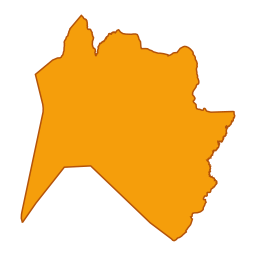 Chilubi, Northern, Zambia
{"feature_id": "96606910B6838055437947", "entity_name": "Chilubi", "entity_type": "district", "adm_level": 2, "iso_a3": "ZMB", "parent_name": "Zambia", "parent_adm1": "Northern", "projection": "natural_earth1", "projection_center": [30.483, -11.09], "detail": "fine", "context": "isolated", "style": "filled", "palette": "amber", "viewbox_px": 256, "rotation_deg": 0, "n_neighbors": 0, "source": "geoboundaries", "source_scale": "gbopen_adm2", "svg_char_len": 5756}
<svg xmlns="http://www.w3.org/2000/svg" viewBox="0 0 256 256"><path d="M22.3,222.1L22.8,222.0L36.0,203.0L64.3,167.2L90.7,165.9L150.3,222.9L171.4,238.8L172.7,240.2L173.7,240.6L174.5,240.6L176.5,239.4L176.9,238.7L177.7,238.0L179.6,237.4L181.6,236.1L183.4,234.3L184.7,233.3L185.2,232.6L186.3,232.0L186.3,231.7L185.9,231.1L185.9,230.6L186.8,229.6L187.9,227.9L190.5,224.7L191.1,223.2L192.4,219.1L191.7,218.6L190.7,216.9L191.6,216.6L192.0,216.3L192.1,215.7L192.1,214.8L192.6,213.4L194.1,212.9L197.5,212.7L200.1,211.9L200.7,211.6L202.3,210.4L203.1,209.6L203.4,207.4L204.7,205.1L205.1,203.5L206.1,202.2L205.5,201.2L205.4,199.6L203.7,199.6L203.5,199.4L203.5,198.3L204.2,196.9L204.6,196.2L205.0,196.0L206.5,196.1L207.1,195.7L207.2,195.3L207.1,193.8L207.2,192.6L207.5,192.4L209.1,192.5L210.3,192.1L210.7,191.2L210.8,190.2L211.2,189.1L213.0,187.9L213.3,187.1L214.3,186.9L215.2,185.3L216.8,183.5L216.8,183.1L216.3,183.0L216.2,182.7L216.3,182.3L216.8,181.9L216.5,181.0L215.4,180.5L215.2,179.8L214.9,179.7L214.6,180.0L214.6,179.3L214.3,178.9L214.3,178.3L213.7,177.9L213.3,178.0L212.9,177.8L212.5,177.4L211.9,177.0L211.9,176.7L211.2,177.1L210.9,176.7L210.6,176.7L210.2,176.5L210.2,176.1L209.6,176.1L209.8,175.1L209.5,175.1L209.1,174.6L209.5,173.8L209.0,172.5L209.2,171.9L209.7,172.3L210.4,171.2L209.9,170.4L209.8,169.4L210.0,169.1L210.3,169.1L210.5,168.4L210.1,167.4L210.6,166.3L209.8,166.1L209.9,164.7L209.0,164.5L209.2,164.0L209.0,163.6L209.1,163.0L208.8,162.1L208.1,161.6L207.9,160.9L207.5,160.9L206.9,160.1L207.4,160.0L207.6,160.1L207.8,159.7L208.0,159.9L208.0,159.6L208.5,159.3L208.4,158.9L208.7,158.9L208.8,158.3L209.6,158.4L210.2,158.0L210.2,157.4L210.4,157.2L210.6,157.3L210.5,157.0L211.0,156.8L211.3,156.1L211.2,156.0L211.3,155.6L211.6,155.1L211.9,155.0L212.5,155.1L212.7,153.4L213.1,152.9L213.0,152.4L213.4,152.2L213.2,151.6L213.0,151.3L213.5,151.3L213.7,150.4L214.1,150.2L214.7,150.8L215.4,150.5L215.8,150.6L216.0,150.3L216.0,149.9L216.3,149.6L216.5,149.8L216.7,149.6L216.8,149.2L217.0,149.1L217.0,148.8L217.4,148.4L217.3,148.1L217.5,147.8L218.0,147.9L218.4,147.4L218.7,146.9L218.8,145.8L219.1,145.2L218.6,144.5L219.0,144.5L219.0,144.1L219.4,144.1L219.4,143.0L219.0,142.9L218.5,143.1L218.0,142.6L217.9,141.5L218.1,141.6L218.6,141.5L219.1,141.2L220.2,141.4L220.9,141.3L220.9,141.5L221.3,141.5L221.2,141.8L221.3,142.0L221.7,141.9L221.7,141.7L222.4,141.2L222.4,140.5L222.8,140.2L222.8,139.8L223.3,139.3L223.1,138.7L223.6,138.2L223.2,137.7L223.2,137.1L223.7,136.9L224.0,136.3L224.7,136.5L225.2,136.0L225.1,135.6L225.4,135.2L225.9,135.2L226.0,135.0L225.8,133.9L226.2,133.4L226.6,133.4L226.7,133.2L226.6,132.7L226.2,132.0L226.4,131.2L226.2,130.2L226.6,129.7L226.6,129.3L226.8,128.6L227.4,128.0L226.9,127.7L226.8,127.4L226.0,127.3L225.7,127.5L225.7,126.8L226.5,125.9L226.8,126.1L226.9,126.5L227.6,126.7L228.3,126.6L228.8,126.0L229.3,126.1L230.1,125.0L231.0,124.2L231.2,123.1L231.9,122.2L231.9,121.8L231.7,121.6L231.6,121.3L231.8,121.1L232.2,121.4L233.1,120.8L233.2,120.4L233.2,119.6L233.4,118.8L233.8,118.4L233.6,118.1L233.6,117.6L234.4,117.2L234.7,115.7L234.1,114.1L234.0,111.8L233.1,111.5L210.8,112.2L206.9,111.2L206.2,110.6L205.4,109.0L204.7,108.4L204.0,108.4L203.7,108.7L203.1,110.2L202.8,110.2L201.9,110.2L199.7,109.3L198.3,109.3L196.7,108.6L196.3,107.7L196.0,104.5L193.7,102.3L193.3,101.6L193.4,100.8L194.6,99.7L194.6,99.1L194.9,98.7L195.0,98.2L193.9,96.3L192.7,94.9L192.5,94.3L192.7,93.5L192.6,92.8L193.4,90.8L196.0,87.1L196.3,85.7L196.8,84.7L197.3,84.3L198.4,83.9L198.8,82.9L198.8,81.1L198.1,78.9L197.4,77.5L197.6,76.3L197.4,75.1L196.8,73.9L196.9,72.6L196.4,69.6L196.5,68.2L197.2,66.6L197.0,65.2L197.2,63.6L196.5,61.2L196.1,60.7L196.0,60.3L195.5,59.8L195.3,58.9L195.2,57.2L194.3,55.6L193.1,54.4L193.0,53.9L193.3,53.3L192.6,51.5L190.4,49.1L188.5,47.6L186.2,46.6L184.6,46.4L183.4,46.7L180.2,48.4L177.1,52.5L174.0,52.8L172.9,53.2L171.6,54.3L170.3,55.0L168.1,55.8L168.0,54.8L163.6,53.7L159.9,53.2L158.2,53.2L153.4,51.8L151.8,50.7L149.6,50.0L147.6,48.8L145.7,48.6L141.4,48.6L140.9,47.0L140.5,41.7L139.0,39.3L138.4,36.9L137.3,34.6L135.6,34.0L133.3,34.0L131.4,34.3L128.1,34.2L125.8,34.1L122.9,33.6L120.5,32.1L118.7,29.8L117.2,30.3L115.4,32.7L114.8,32.1L114.3,32.5L114.0,32.2L113.3,32.5L113.2,32.3L113.0,32.5L112.6,32.3L111.7,33.0L111.7,33.7L111.3,34.2L110.9,34.2L110.5,33.7L110.0,33.7L109.9,33.5L108.8,33.8L108.5,34.9L108.1,35.4L108.0,36.0L107.2,36.7L106.8,36.7L106.2,37.4L106.3,37.7L106.0,37.8L106.1,38.5L105.7,38.4L105.3,38.9L104.6,40.4L104.1,40.6L104.0,41.3L103.7,41.6L103.2,41.4L102.3,41.7L101.8,42.6L101.5,42.6L101.3,43.0L100.5,43.5L100.2,43.3L100.0,43.7L99.7,43.7L99.5,44.7L99.3,44.8L99.2,45.2L98.8,45.8L98.7,46.2L98.2,46.6L98.1,47.4L98.5,48.1L98.0,49.2L97.5,51.2L97.5,51.7L97.8,52.0L97.7,53.0L96.9,53.4L96.8,54.2L96.4,54.6L96.4,55.0L96.0,55.3L96.0,55.6L95.7,55.6L95.3,54.6L95.4,53.8L94.9,52.6L95.0,52.0L95.4,51.5L95.2,49.6L94.6,48.5L93.5,48.2L93.4,47.6L92.8,46.7L92.5,45.8L92.6,45.5L92.3,44.6L92.5,41.8L92.4,41.4L92.8,40.6L92.7,40.3L93.2,39.5L93.2,38.9L93.5,38.2L93.5,37.3L93.3,37.0L92.8,36.7L92.7,36.0L92.5,35.6L92.6,35.3L92.1,33.9L92.1,32.5L90.6,29.9L90.6,29.6L90.1,29.3L89.9,29.4L89.5,29.2L88.8,29.4L88.1,29.3L87.6,28.8L87.6,28.4L87.2,27.6L87.3,26.8L87.5,26.5L87.1,25.6L87.3,25.3L87.2,24.5L87.4,24.1L87.1,23.2L87.2,22.6L87.0,21.6L86.8,21.3L86.8,20.7L86.3,20.5L86.3,19.8L86.0,19.7L85.6,19.2L84.6,19.0L83.7,18.4L83.4,17.6L82.5,16.5L81.3,15.4L69.9,28.9L70.0,29.1L68.7,32.2L68.7,33.0L68.1,34.1L68.0,35.1L67.8,35.8L66.4,37.0L65.8,39.1L64.8,40.5L64.3,41.6L64.2,42.9L64.5,43.6L64.3,44.8L64.5,45.4L64.3,45.8L64.3,46.7L64.1,47.5L64.0,50.7L63.5,52.0L63.1,54.0L62.5,55.3L61.8,55.9L61.3,57.1L59.9,57.9L57.5,58.0L52.6,60.1L35.4,74.4L42.8,104.5L43.2,108.2L43.1,112.0L22.0,211.6L21.5,214.3L21.3,218.3L22.3,222.1Z" fill="#f59e0b" stroke="#b45309" stroke-width="1.5"/></svg>